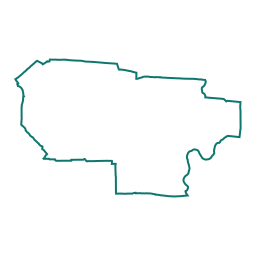 Strejesti, Olt, Romania
{"feature_id": "2599482B96898604937007", "entity_name": "Strejesti", "entity_type": "district", "adm_level": 2, "iso_a3": "ROU", "parent_name": "Romania", "parent_adm1": "Olt", "projection": "albers", "projection_center": [24.239, 44.525], "detail": "fine", "context": "isolated", "style": "outline", "palette": "teal", "viewbox_px": 256, "rotation_deg": 0, "n_neighbors": 0, "source": "geoboundaries", "source_scale": "gbopen_adm2", "svg_char_len": 5606}
<svg xmlns="http://www.w3.org/2000/svg" viewBox="0 0 256 256"><path d="M187.6,195.5L186.4,193.8L185.8,192.6L185.6,192.0L185.5,191.5L185.5,191.1L185.6,190.9L186.3,190.8L186.8,190.6L187.1,190.2L188.0,188.0L188.0,186.8L187.7,186.4L187.4,186.0L186.7,185.4L186.3,185.1L185.4,184.3L184.6,183.1L183.8,181.8L183.5,180.7L183.5,179.9L183.6,179.2L183.9,178.2L184.4,177.4L184.9,176.6L185.7,175.8L186.8,175.1L187.8,174.1L188.3,173.5L188.5,172.4L188.8,171.8L188.9,171.2L188.8,170.8L188.9,170.6L189.2,170.0L189.4,169.5L189.5,168.8L189.5,167.8L189.3,167.1L189.2,166.7L189.1,166.4L189.1,166.0L189.0,165.5L188.9,164.9L188.8,164.5L188.5,164.0L188.4,163.8L188.2,163.0L188.0,162.2L187.8,161.0L187.7,160.4L187.8,159.9L187.6,159.4L187.2,158.8L187.0,158.0L186.9,157.0L187.0,156.0L187.1,155.6L187.5,154.4L188.1,153.0L188.9,152.0L189.7,151.3L190.3,151.2L191.0,151.1L191.8,150.7L192.7,150.0L193.6,149.5L194.7,149.4L196.1,149.7L197.5,150.2L198.3,150.9L198.9,152.0L199.4,153.3L200.0,154.4L200.8,155.6L201.6,156.9L202.1,157.8L202.5,158.2L203.2,158.7L204.5,159.3L205.2,159.5L206.8,159.5L208.6,159.2L209.8,158.7L210.7,158.0L212.2,155.8L213.6,154.4L214.3,153.0L214.1,151.9L214.0,150.9L214.3,149.1L214.6,147.7L214.8,146.7L215.0,146.1L215.4,145.2L216.1,144.1L217.1,143.2L217.9,142.9L218.8,142.9L219.2,142.9L220.0,142.2L220.1,141.7L220.9,140.4L223.1,139.2L224.5,137.8L226.2,136.8L227.1,136.1L227.5,136.1L228.1,135.9L239.5,137.1L240.6,127.9L240.5,115.9L240.5,110.9L240.2,107.3L240.4,103.2L240.5,102.1L235.5,101.6L228.3,100.9L227.7,100.8L227.2,100.9L226.7,101.1L226.2,101.4L225.6,100.7L224.0,99.2L223.7,99.0L223.1,98.9L222.5,98.9L221.0,98.7L208.7,97.7L206.2,97.4L205.3,97.4L205.3,96.7L205.3,95.9L205.2,95.5L204.4,93.9L204.1,93.7L203.9,93.5L203.5,93.3L202.8,93.0L202.6,92.8L202.3,92.5L202.0,90.1L201.8,89.4L201.8,88.6L201.8,88.1L202.1,87.4L202.5,87.0L203.1,86.7L203.6,86.3L204.1,85.8L204.6,85.0L205.0,84.2L205.5,83.0L205.7,82.3L205.7,81.9L205.7,81.3L205.5,80.8L205.2,80.0L200.4,79.4L199.1,79.4L198.1,79.3L196.1,79.0L192.9,78.8L191.0,78.8L185.3,78.7L182.8,78.6L181.6,78.5L180.8,78.5L180.4,78.3L180.1,78.3L179.2,78.4L168.5,77.9L161.3,77.5L160.2,77.4L160.2,77.2L158.4,77.2L155.5,77.1L155.3,77.3L155.1,77.3L151.8,77.0L151.0,77.0L149.4,76.9L148.4,76.6L147.3,76.6L146.2,76.6L145.3,76.7L144.8,76.6L144.2,76.6L143.1,76.9L142.6,77.1L142.2,77.3L139.5,78.1L138.4,78.5L137.2,78.8L136.3,78.8L136.4,72.7L136.0,72.6L135.6,72.6L134.1,72.1L132.9,71.9L131.2,71.3L129.2,71.0L128.1,70.7L127.8,70.7L127.0,70.5L124.9,70.1L123.2,69.8L122.2,69.7L121.0,69.6L120.8,69.5L120.4,69.6L119.7,69.6L119.3,69.6L118.9,69.5L118.7,69.0L117.0,63.8L115.0,63.6L105.7,63.0L100.0,62.5L93.0,61.9L88.7,61.7L86.7,61.7L84.0,61.3L81.7,60.8L81.4,60.8L80.6,60.7L78.3,60.7L72.7,60.4L69.7,60.2L68.5,60.1L68.0,60.0L67.8,59.9L66.1,59.9L65.8,59.8L65.7,59.7L65.3,59.7L64.1,59.7L62.4,59.7L60.4,59.8L58.5,59.8L56.5,59.7L55.7,59.7L55.3,59.6L54.3,59.6L53.1,59.7L52.1,59.7L50.7,59.5L49.8,59.6L49.5,61.4L47.9,61.7L47.7,61.6L47.4,61.3L47.2,61.3L47.1,61.6L44.9,63.0L43.4,64.0L43.0,64.1L42.7,64.3L42.6,64.2L42.4,63.9L42.2,63.6L42.1,63.4L37.1,60.8L36.4,61.3L35.8,61.8L34.9,62.6L34.0,63.4L33.2,64.1L32.2,65.0L30.8,66.1L30.5,66.4L30.1,66.9L29.6,67.4L29.3,67.7L28.7,68.1L27.4,69.1L26.5,70.0L25.3,71.2L24.0,72.2L22.9,73.3L21.7,74.4L20.6,75.3L17.1,78.2L16.9,78.2L15.6,79.1L15.4,79.2L16.4,80.9L16.7,81.2L18.3,83.3L18.3,83.5L18.1,83.8L17.3,84.1L17.6,84.8L17.7,85.2L17.8,85.5L17.9,86.0L18.6,86.1L20.1,86.9L20.9,87.6L21.3,88.0L22.3,89.7L22.6,90.1L22.7,90.4L22.8,90.7L22.8,91.3L22.9,91.9L23.1,92.2L23.2,92.9L23.3,93.9L23.3,94.4L23.3,94.7L23.5,95.4L23.7,95.9L23.8,96.1L23.4,96.1L23.2,96.7L23.2,97.0L23.2,98.1L23.0,99.7L23.0,100.7L22.6,101.9L22.5,102.7L21.8,104.8L21.7,106.1L21.7,106.3L21.6,107.1L21.6,110.2L21.6,113.3L21.6,116.6L21.7,117.7L21.7,118.6L21.5,120.2L21.5,120.8L21.4,122.4L21.3,123.7L21.3,124.4L21.3,124.9L21.7,125.1L22.1,125.5L22.5,125.9L22.7,126.1L23.1,126.4L23.6,126.8L24.2,127.4L24.7,127.9L25.0,128.3L25.3,128.8L25.6,129.6L25.6,130.1L25.7,130.5L25.9,130.6L26.3,131.2L26.4,131.4L27.4,132.4L28.6,133.3L29.1,133.9L29.9,135.2L30.4,135.8L30.7,136.1L32.0,137.0L32.5,137.2L32.7,137.3L33.0,137.5L33.5,138.3L34.2,139.4L34.6,139.9L35.6,140.7L35.9,141.1L36.8,141.8L37.3,142.3L37.9,143.0L38.3,143.2L38.6,143.4L38.8,143.6L39.0,144.2L39.2,144.5L39.4,144.7L40.5,145.6L40.9,145.9L41.5,146.1L41.8,146.2L42.2,146.3L42.5,146.6L42.2,149.0L43.0,149.6L43.7,150.0L44.0,150.3L44.4,150.9L47.1,154.1L46.8,154.4L45.7,155.5L45.2,156.3L45.0,156.8L44.7,157.2L44.4,157.6L44.1,158.1L43.5,158.5L43.7,158.8L49.1,158.8L49.4,159.3L55.1,159.4L55.2,159.6L55.2,159.8L55.2,160.1L55.4,160.3L55.9,160.6L56.1,160.8L71.3,160.7L71.3,159.8L83.2,159.7L84.4,159.0L84.8,159.0L85.2,159.7L85.5,159.9L86.4,161.1L86.7,161.3L87.2,161.3L87.5,161.1L88.5,161.1L91.1,161.1L92.7,161.1L95.4,161.1L95.6,161.0L96.0,161.0L106.6,160.8L111.9,160.9L112.0,161.3L111.9,162.6L112.0,163.6L111.9,163.9L114.9,163.8L115.1,163.9L115.7,163.9L115.7,164.1L115.5,164.3L115.4,165.8L115.4,167.0L115.5,170.4L115.5,171.4L115.5,172.2L115.6,172.5L115.6,174.3L115.6,175.4L115.7,175.6L115.8,175.9L115.9,178.8L115.9,180.2L115.8,180.7L115.9,181.5L115.9,183.2L115.9,187.2L116.0,189.5L115.9,190.5L116.0,192.8L116.1,193.7L118.7,193.6L122.6,193.6L123.5,193.8L128.0,193.6L132.0,193.6L132.6,193.6L133.1,193.3L133.5,193.1L134.0,193.0L135.1,192.8L135.7,192.8L135.8,193.3L139.9,193.2L140.6,193.2L141.0,193.3L142.7,193.4L143.5,193.3L143.8,193.4L147.4,193.3L148.4,193.4L149.6,193.4L151.4,193.6L155.3,194.3L155.5,194.7L156.1,194.6L157.9,194.8L161.1,195.3L166.5,195.9L167.7,196.1L173.1,196.4L174.2,196.5L177.3,196.3L180.4,196.2L186.1,195.6L187.6,195.5Z" fill="none" stroke="#0f766e" stroke-width="2"/></svg>